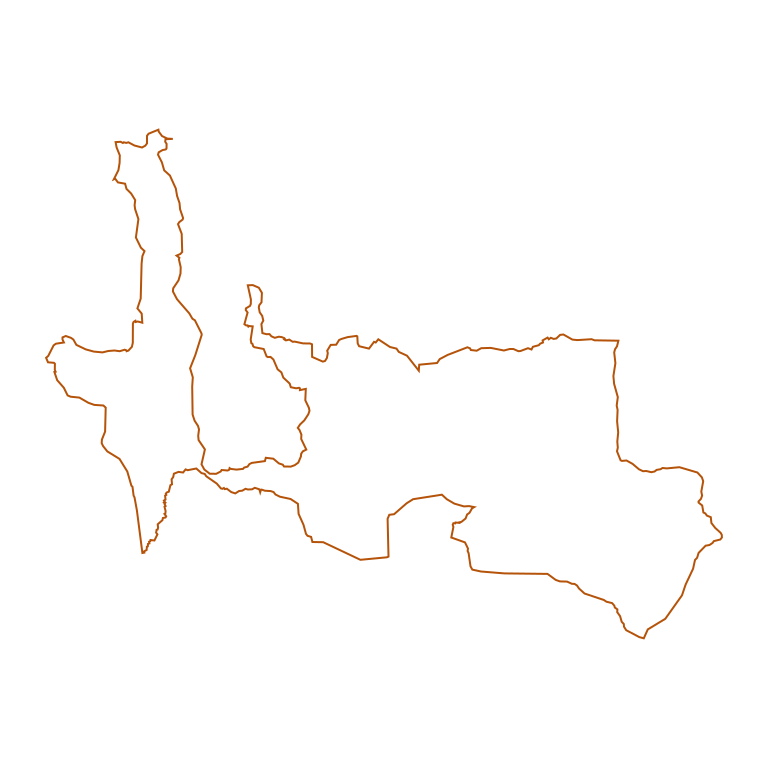 the district of Uyui, Tabora, United Republic of Tanzania
{"feature_id": "72390352B28683809474818", "entity_name": "Uyui", "entity_type": "district", "adm_level": 2, "iso_a3": "TZA", "parent_name": "United Republic of Tanzania", "parent_adm1": "Tabora", "projection": "mercator", "projection_center": [33.083, -4.94], "detail": "fine", "context": "isolated", "style": "outline", "palette": "amber", "viewbox_px": 768, "rotation_deg": 0, "n_neighbors": 0, "source": "geoboundaries", "source_scale": "gbopen_adm2", "svg_char_len": 6101}
<svg xmlns="http://www.w3.org/2000/svg" viewBox="0 0 768 768"><path d="M113.9,179.2L115.1,178.6L117.9,182.4L125.1,183.7L126.5,188.9L131.2,193.6L135.2,200.1L134.6,205.2L135.1,209.1L138.4,219.1L135.9,237.5L140.9,247.7L144.5,251.1L142.4,256.1L141.6,263.5L140.7,298.6L137.4,308.4L141.7,313.6L142.3,322.7L137.8,321.5L135.7,322.0L135.4,320.8L133.6,321.9L132.9,323.6L132.8,342.8L131.9,346.8L128.4,350.6L126.6,351.2L126.3,350.3L124.7,349.7L119.7,351.2L114.5,350.5L108.2,351.0L102.5,352.4L93.9,351.6L85.8,349.4L76.4,344.9L73.4,339.6L71.1,337.9L65.8,336.0L62.5,337.4L62.5,339.5L63.9,342.5L55.9,343.7L53.6,345.4L48.2,356.0L46.1,357.8L48.0,362.3L53.9,362.8L54.9,363.7L54.8,369.8L55.6,371.7L54.4,372.0L57.2,380.2L63.8,387.7L67.6,395.4L70.6,396.7L79.4,397.6L88.4,402.8L94.3,404.9L103.4,405.5L105.7,407.6L105.1,431.6L101.9,439.6L101.7,443.2L103.1,446.1L107.3,451.4L119.5,458.9L127.3,471.5L131.4,485.7L132.5,486.8L133.6,495.6L134.5,497.3L136.9,510.4L142.4,553.0L144.3,552.6L143.9,551.5L146.6,550.0L146.9,546.7L147.8,546.4L148.0,543.9L149.4,543.4L149.1,541.7L150.3,541.2L150.5,540.0L154.4,540.5L157.4,534.4L156.1,532.6L156.6,529.8L157.6,529.5L158.1,527.7L157.7,524.3L162.4,520.2L162.9,518.0L165.5,517.5L166.2,516.3L164.5,514.0L165.3,513.7L165.6,511.1L164.5,506.7L165.6,506.0L164.5,503.9L165.3,502.9L163.9,502.4L164.7,501.3L164.0,500.5L165.5,499.5L165.1,495.6L166.3,494.9L165.8,493.7L166.7,492.5L168.8,491.7L170.4,485.2L172.0,484.3L171.6,479.3L173.2,477.1L173.9,473.7L178.5,471.9L183.1,472.5L185.6,469.4L187.6,470.2L196.3,468.5L201.5,473.1L204.7,473.9L206.3,476.3L216.8,483.6L220.9,488.4L222.5,488.8L223.9,488.0L224.7,489.1L226.8,488.7L231.3,492.1L235.3,493.4L239.1,491.0L242.2,490.7L245.5,488.8L247.9,489.5L252.1,489.3L254.8,487.8L259.3,489.3L260.2,492.3L261.0,489.7L261.7,489.6L264.8,490.7L270.8,491.1L273.6,492.1L275.5,494.5L279.9,496.7L290.6,499.0L297.9,503.8L298.6,513.9L303.5,524.8L306.0,533.9L307.5,535.8L311.1,536.9L312.4,542.0L323.2,542.2L360.4,559.8L386.9,557.3L388.5,556.6L387.6,518.8L389.3,514.8L394.1,514.2L406.6,503.3L413.1,499.2L441.9,494.7L446.8,499.2L454.3,503.6L463.9,506.4L469.1,506.1L474.2,507.1L472.0,508.4L469.5,512.8L467.1,514.5L465.6,518.5L461.4,521.9L459.3,522.3L459.4,522.9L455.5,522.5L455.2,523.4L453.4,523.2L452.7,524.8L453.4,526.9L451.3,537.5L465.0,542.4L468.0,548.6L467.6,551.0L468.6,553.1L470.5,566.3L472.3,569.6L480.9,571.5L504.4,573.4L547.5,573.9L555.7,579.9L559.9,581.4L567.1,581.6L571.9,583.8L574.5,583.9L577.0,585.5L579.0,588.5L584.5,593.5L603.9,600.0L606.4,601.7L612.1,603.1L614.3,605.6L614.8,607.5L617.4,609.4L617.2,612.1L620.1,616.2L621.7,621.8L623.8,624.0L624.0,626.7L626.2,630.2L639.3,637.1L643.8,638.3L647.8,629.4L665.3,618.8L682.0,595.3L685.6,584.6L693.1,568.7L695.0,560.0L697.1,557.8L698.6,552.9L705.6,545.7L709.5,545.0L712.5,543.0L713.9,541.1L720.3,539.5L721.9,537.5L721.8,534.9L720.7,532.9L715.2,527.9L711.4,523.0L710.8,517.2L706.9,515.6L705.3,513.4L703.4,512.5L702.2,505.5L698.6,502.6L698.5,501.5L701.0,498.8L702.1,495.6L701.3,491.6L703.2,481.2L701.9,477.4L697.4,472.5L679.4,467.2L666.8,468.4L662.5,468.0L660.6,469.2L656.6,469.9L654.6,471.5L651.3,472.2L646.3,471.0L643.0,471.2L639.0,469.3L632.6,463.9L626.5,460.5L621.9,460.9L620.6,460.3L617.0,451.3L617.8,447.7L617.3,441.5L618.2,432.4L617.1,421.3L617.6,409.9L616.7,405.6L617.8,397.1L614.1,383.8L613.4,376.0L615.4,363.2L614.2,352.5L615.0,349.3L617.0,346.3L618.4,340.7L594.5,340.3L591.6,339.2L577.4,340.1L572.4,339.6L563.4,334.5L560.1,334.9L556.3,338.5L553.6,338.9L550.8,337.8L548.8,339.3L547.6,337.6L542.6,340.4L543.0,342.5L540.1,343.7L538.8,345.2L532.9,346.8L531.5,349.5L528.0,348.2L520.5,351.0L518.4,351.2L513.4,349.0L509.7,349.0L503.9,350.5L490.8,347.9L481.2,348.2L476.7,350.7L470.8,350.0L470.1,348.4L467.4,347.3L447.7,354.9L439.7,359.1L437.1,363.0L419.2,364.7L418.8,370.7L407.0,355.7L398.8,351.9L396.5,348.6L390.0,347.0L378.3,339.3L375.7,342.5L374.1,341.8L369.0,348.6L359.1,346.2L357.7,343.4L357.3,336.4L356.6,335.9L347.7,337.1L341.6,338.9L339.1,340.0L336.2,344.7L330.7,344.9L327.2,350.7L327.8,353.1L326.9,358.0L325.0,361.0L322.8,361.6L312.1,356.9L312.0,344.3L310.1,343.5L303.1,343.4L294.6,341.6L292.7,341.8L289.3,339.6L285.9,340.4L284.4,339.5L285.0,339.1L284.4,338.2L281.7,337.1L278.9,336.7L274.8,337.8L271.4,336.3L269.5,334.1L266.5,334.2L262.4,333.1L261.4,324.1L263.3,320.6L262.2,315.9L259.7,312.3L258.8,307.4L259.2,305.3L261.5,302.3L261.9,292.8L258.8,287.7L252.8,285.1L247.8,285.3L250.9,299.5L250.8,304.0L250.0,305.9L245.9,308.4L245.8,310.1L247.6,312.5L244.4,324.2L246.1,325.4L247.6,325.4L248.3,326.6L249.0,326.0L252.7,326.4L250.7,339.5L251.3,343.1L252.4,343.8L253.2,346.3L254.4,347.2L263.7,349.0L266.6,356.4L267.9,357.1L270.5,356.9L273.4,359.5L277.6,369.3L281.4,372.4L283.3,377.6L289.7,383.6L290.8,387.2L296.1,388.3L299.1,387.8L299.9,388.3L299.9,390.1L305.8,388.9L305.3,400.3L308.9,407.8L309.5,410.8L308.3,414.3L304.3,420.4L300.1,424.4L297.8,427.9L299.6,430.2L301.4,434.7L301.2,439.0L306.3,449.6L302.9,451.3L301.2,453.7L300.9,456.5L298.3,462.6L294.7,465.2L290.8,466.6L284.0,466.5L282.8,464.7L278.9,463.4L273.3,458.7L265.8,457.8L264.9,461.1L251.8,462.9L249.4,464.1L247.6,466.6L244.1,467.6L243.0,468.9L236.4,469.6L230.8,468.9L229.6,468.1L229.1,469.8L227.7,470.5L221.6,470.0L220.7,471.5L216.2,473.8L209.7,473.7L204.3,469.5L201.5,464.3L204.9,449.4L198.6,440.1L198.2,435.8L199.0,429.4L198.0,425.9L194.6,420.7L192.6,414.6L192.2,386.6L192.8,377.3L190.1,368.3L195.3,355.1L201.7,334.9L201.5,333.4L194.9,320.3L192.4,318.7L189.3,313.4L177.0,299.2L172.9,291.4L173.2,288.3L178.5,280.4L180.5,273.5L180.7,267.2L178.9,259.3L179.4,257.8L176.6,255.6L180.3,254.0L182.2,252.0L181.7,233.8L178.0,224.1L179.3,222.1L182.6,219.6L183.1,218.1L180.1,209.3L179.5,203.0L177.1,196.0L175.8,188.5L169.9,175.5L164.2,170.4L161.9,162.4L158.0,154.7L158.7,152.3L162.5,150.1L165.8,149.4L166.5,148.5L166.6,143.9L165.2,141.7L165.5,139.2L172.8,138.9L167.4,138.6L162.1,136.1L158.7,131.6L158.4,129.7L148.6,133.7L147.0,135.8L147.0,143.4L145.3,145.7L142.0,147.5L134.4,145.5L128.4,142.3L126.3,142.9L123.7,142.3L122.9,143.0L120.7,141.8L115.6,142.1L116.6,147.4L119.8,155.4L119.6,162.9L118.4,170.2L113.9,179.2Z" fill="none" stroke="#b45309" stroke-width="2"/></svg>